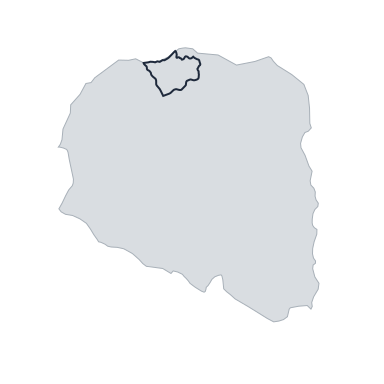 Canelones highlighted on a map of Uruguay, rotated 168°
{"feature_id": "URY-17", "entity_name": "Canelones", "entity_type": "Department", "adm_level": 1, "iso_a3": "URY", "parent_name": "Uruguay", "parent_adm1": "", "projection": "mercator", "projection_center": [-56.01, -34.547], "detail": "fine", "context": "in_parent", "style": "outline", "palette": "slate", "viewbox_px": 384, "rotation_deg": 168, "n_neighbors": 0, "source": "natural_earth", "source_scale": "10m", "svg_char_len": 3746}
<svg xmlns="http://www.w3.org/2000/svg" viewBox="0 0 384 384"><g transform="rotate(168 192 192)"><path d="M313.4,263.7L310.9,266.0L308.3,270.2L305.1,280.4L294.6,294.5L292.5,302.5L281.2,310.8L273.2,320.2L268.0,320.0L263.3,324.0L236.3,336.3L226.6,334.0L219.4,334.0L212.7,328.6L197.5,326.7L187.9,328.8L175.1,334.8L171.2,334.7L168.4,334.4L161.5,331.9L157.7,326.7L138.0,320.6L122.1,306.9L103.3,306.6L88.9,308.4L86.7,306.6L85.3,303.1L82.3,298.0L69.9,286.0L60.2,274.0L58.3,262.3L59.6,249.6L62.5,234.6L62.0,229.9L65.6,227.3L69.2,226.7L72.6,222.9L75.7,217.0L76.2,212.6L73.8,204.4L72.2,193.0L70.2,187.4L74.1,178.4L74.3,174.1L72.0,170.3L71.4,166.4L72.5,162.3L72.3,158.5L70.8,154.8L71.9,151.7L75.5,149.3L78.2,145.6L80.0,140.6L80.9,136.8L80.9,134.2L79.8,131.7L77.6,129.4L78.7,124.8L82.9,117.9L85.7,111.7L87.0,106.4L86.9,102.1L85.5,98.8L86.1,96.6L88.7,95.4L89.9,91.9L89.5,83.4L86.8,76.3L88.8,70.7L94.8,64.2L97.9,59.0L98.2,55.0L100.0,52.7L102.9,57.0L111.4,58.1L119.9,58.3L121.3,57.2L124.6,50.2L129.0,48.2L133.8,47.7L139.1,48.0L144.7,52.7L160.5,67.9L172.1,78.5L175.7,83.5L178.8,87.2L181.1,90.7L180.1,99.8L180.2,103.7L180.8,104.9L183.4,105.0L187.4,104.3L190.7,102.4L193.3,99.5L195.8,97.1L197.9,95.8L198.6,93.9L199.8,91.9L201.0,91.5L203.3,93.0L208.7,98.2L212.9,103.0L214.0,105.7L215.6,108.6L217.3,111.1L218.5,113.5L222.6,116.7L226.8,118.7L229.5,116.7L236.6,123.3L252.1,128.8L255.0,132.2L257.7,136.9L263.1,144.2L270.6,150.7L276.6,153.4L282.5,155.0L285.7,156.5L287.9,159.0L291.5,161.7L293.7,162.7L294.5,165.1L296.8,170.4L299.1,177.0L301.8,183.3L307.4,189.2L313.8,193.9L320.4,196.5L324.1,199.8L325.7,203.2L321.3,208.2L316.4,214.6L312.2,219.6L307.7,223.1L306.3,225.5L305.3,229.2L305.3,249.1L305.0,256.5L305.3,258.5L305.9,259.8L308.7,261.8L312.0,263.4L313.4,263.7Z" fill="#d9dde1" stroke="#a8b0b8" stroke-width="1"/><path d="M212.5,328.3L212.4,328.3L211.1,328.2L207.8,327.9L205.7,328.1L203.1,327.4L201.1,326.5L198.8,327.0L196.5,326.0L193.3,327.1L191.5,326.6L188.1,327.7L186.6,328.4L183.3,330.6L180.8,332.4L179.1,333.4L178.7,332.9L178.5,332.3L178.4,331.1L178.4,329.9L178.4,329.5L178.5,329.2L179.0,327.9L179.2,327.3L179.2,326.9L179.1,326.6L178.8,326.4L178.1,326.5L177.7,326.6L177.2,326.6L176.9,326.5L176.4,326.2L176.2,325.9L176.1,325.6L175.8,325.4L175.5,325.3L175.2,325.1L175.0,324.9L174.7,324.3L174.6,324.1L174.4,323.6L174.1,323.6L173.6,323.5L172.6,323.9L172.1,324.1L171.8,324.5L171.4,325.0L171.0,325.4L170.8,325.6L170.5,325.8L170.0,326.0L169.7,325.9L169.3,325.8L168.6,325.4L168.3,325.2L168.1,325.0L167.5,324.0L167.3,323.7L166.9,323.3L166.6,323.1L166.2,323.0L165.7,322.9L165.3,322.9L164.4,323.1L162.7,324.1L162.3,323.5L161.6,322.6L159.7,321.0L158.1,320.1L157.9,319.9L157.7,319.5L157.6,319.1L157.5,317.4L157.3,315.7L157.3,315.3L157.5,314.9L157.8,314.4L158.2,314.2L158.8,313.9L159.0,313.7L159.4,313.3L159.8,312.8L160.1,312.3L161.0,311.5L161.1,311.1L161.1,310.6L160.9,309.8L160.7,309.3L160.5,309.0L160.5,308.8L160.5,308.3L160.8,306.9L160.8,305.7L161.7,302.6L162.2,301.7L162.7,301.4L163.4,301.1L164.2,300.9L165.7,300.8L166.5,300.8L167.0,300.9L167.5,301.1L169.7,302.3L170.3,302.4L171.2,302.3L173.7,301.8L174.2,301.5L174.6,301.1L175.0,300.2L175.7,298.2L175.8,297.9L176.1,297.6L176.6,297.2L181.1,294.2L181.6,294.2L182.2,294.2L183.3,294.5L185.9,295.8L186.4,295.9L186.9,295.9L188.1,295.8L188.7,295.6L189.1,295.4L192.5,293.3L193.9,292.9L200.2,292.0L201.6,297.5L202.2,299.5L204.3,303.4L204.5,304.0L204.6,304.5L204.6,304.9L204.0,307.9L203.9,308.5L204.0,309.8L204.1,310.0L204.3,310.5L206.4,313.1L207.3,314.7L207.5,315.6L207.5,317.3L208.3,319.0L208.8,319.6L209.6,320.2L210.2,320.8L210.4,321.3L210.5,321.7L210.3,323.2L210.3,323.6L210.3,324.1L210.4,324.4L210.6,324.7L211.0,325.1L212.0,326.6L212.4,327.4L212.5,327.9L212.5,328.3Z" fill="none" stroke="#1e293b" stroke-width="2"/></g></svg>